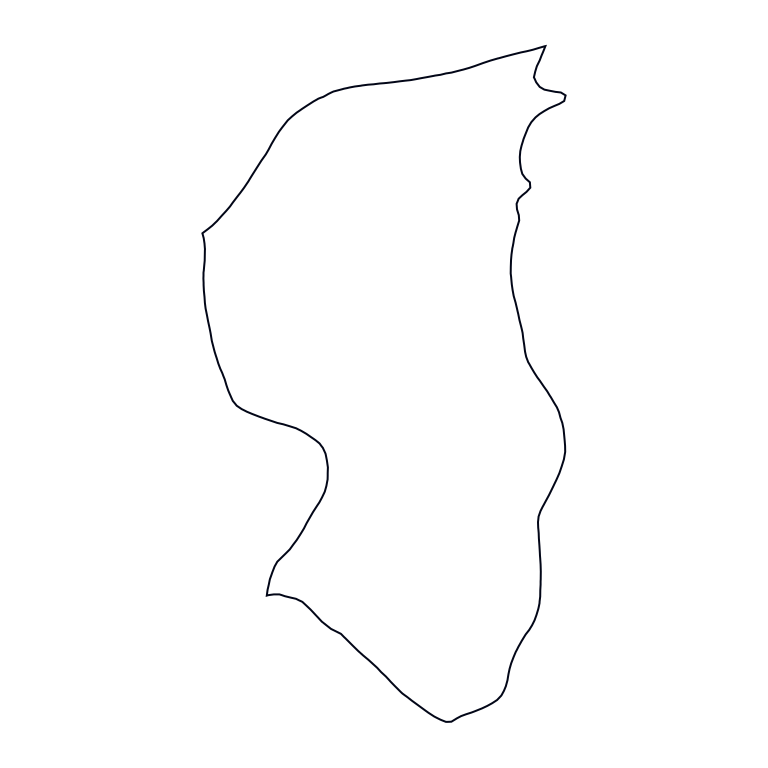 Tarim, Hadramawt, Yemen
{"feature_id": "15242507B10935646704236", "entity_name": "Tarim", "entity_type": "district", "adm_level": 2, "iso_a3": "YEM", "parent_name": "Yemen", "parent_adm1": "Hadramawt", "projection": "orthographic", "projection_center": [49.084, 16.078], "detail": "fine", "context": "isolated", "style": "outline", "palette": "ink", "viewbox_px": 768, "rotation_deg": 0, "n_neighbors": 0, "source": "geoboundaries", "source_scale": "gbopen_adm2", "svg_char_len": 5483}
<svg xmlns="http://www.w3.org/2000/svg" viewBox="0 0 768 768"><path d="M539.5,603.3L539.6,601.5L540.2,596.6L540.3,589.9L540.6,584.7L540.6,581.2L540.7,579.5L540.8,571.6L540.6,564.5L540.2,558.4L540.0,555.9L539.8,551.8L539.4,545.3L538.9,538.6L538.8,536.1L538.7,533.1L538.4,529.6L538.2,527.7L538.0,522.1L538.3,519.5L538.6,516.5L540.3,511.7L540.4,511.3L540.7,510.7L542.7,506.7L543.6,505.1L545.8,501.0L548.9,495.3L549.5,494.1L552.0,489.0L553.6,485.7L554.3,484.2L556.1,480.5L557.2,478.1L559.4,473.1L561.7,466.4L562.8,462.9L563.9,459.4L565.2,451.9L565.1,446.5L565.1,446.1L564.7,440.9L564.2,435.5L563.6,429.3L562.3,422.9L560.5,417.9L559.0,412.2L556.9,407.3L554.0,402.6L550.8,397.1L549.9,395.8L547.2,391.3L543.9,386.7L540.7,382.0L539.9,380.8L537.4,377.5L534.2,372.5L531.3,367.6L529.3,364.0L528.1,362.0L527.8,361.1L526.2,356.9L525.2,352.4L525.0,351.3L524.2,344.9L523.2,338.2L522.9,335.5L522.6,332.9L521.9,329.7L521.1,326.4L519.5,320.2L518.2,313.8L517.5,310.9L517.0,308.6L515.9,304.0L515.6,302.7L513.7,296.0L512.6,290.0L511.8,284.4L511.3,279.1L511.1,276.8L510.7,273.5L510.8,266.6L511.0,261.0L511.0,260.6L511.5,254.5L512.2,249.5L512.3,248.5L512.8,246.3L513.4,243.1L513.6,241.8L514.2,237.9L515.6,232.4L516.1,230.8L517.2,227.0L519.2,220.5L519.1,219.3L518.8,215.1L518.4,213.9L517.0,209.3L516.6,203.8L517.6,201.4L518.6,198.8L519.3,198.1L522.4,195.2L526.5,191.9L530.3,187.7L530.1,185.2L529.9,182.3L525.7,178.6L524.3,176.7L522.3,173.9L520.9,168.8L520.1,163.0L520.0,162.0L519.8,157.0L520.3,151.1L521.0,148.0L521.6,145.5L523.0,141.0L523.5,139.2L524.7,136.1L525.9,133.1L528.2,127.4L531.3,122.2L535.5,117.4L539.5,114.1L544.2,111.1L548.9,108.4L549.5,108.1L554.5,105.9L556.9,104.9L559.3,103.9L564.2,101.0L564.9,98.2L565.6,95.4L560.9,92.5L556.8,92.0L555.7,91.9L554.6,91.7L550.0,90.8L548.0,90.4L544.3,89.6L539.7,86.9L536.2,82.3L534.7,78.9L533.9,77.3L534.1,76.5L535.2,71.7L536.7,66.7L537.0,65.9L539.7,60.4L541.6,55.4L542.9,52.4L544.0,49.7L544.8,47.6L545.4,46.1L544.9,46.2L539.0,47.9L533.4,49.6L531.1,50.2L526.5,51.3L521.1,52.4L513.5,54.3L505.8,56.3L498.6,58.3L498.0,58.4L490.7,60.5L483.2,63.0L476.3,65.5L474.6,66.1L469.2,67.9L466.7,68.6L463.6,69.5L460.4,70.3L456.9,71.2L451.5,72.6L447.6,73.2L446.1,73.4L443.7,74.0L440.5,74.8L434.9,75.6L434.1,75.8L427.7,77.0L422.1,78.0L419.4,78.5L416.9,79.0L411.3,80.0L409.9,80.2L405.9,80.6L399.9,81.3L394.0,82.1L387.1,82.9L383.8,83.2L379.7,83.5L373.5,84.3L368.0,84.7L361.8,85.5L361.0,85.7L354.8,86.5L349.5,87.5L347.0,88.1L344.0,88.7L342.3,89.2L338.9,90.1L334.7,91.2L333.5,91.5L330.9,92.7L328.3,94.0L326.1,95.3L323.2,96.9L321.1,97.6L318.3,98.7L316.8,99.6L313.6,101.4L307.2,105.5L302.2,108.8L299.8,110.5L296.7,112.6L292.2,116.3L287.8,120.3L283.3,126.0L281.6,128.2L279.0,131.7L275.0,138.1L271.7,143.7L268.6,149.6L265.8,154.4L261.4,160.6L256.8,167.8L252.0,175.4L249.9,178.8L248.3,181.5L247.2,183.1L244.1,187.7L240.1,193.1L238.9,194.6L236.8,197.3L234.3,200.6L233.6,201.5L232.7,202.7L230.0,206.5L226.4,210.7L221.6,215.9L216.9,221.2L215.5,222.5L212.3,225.6L207.8,229.2L203.4,232.5L202.4,233.3L203.7,238.1L204.5,243.5L204.9,248.6L205.0,249.0L204.9,249.9L204.8,255.1L204.7,260.7L204.2,265.9L203.8,270.5L203.5,272.6L203.5,275.8L203.4,278.4L203.6,282.9L203.6,285.0L203.8,288.9L203.9,290.9L204.5,296.9L204.9,302.9L205.6,308.5L206.9,314.9L207.3,317.0L208.1,321.3L209.6,328.2L210.6,333.3L211.7,340.1L211.8,340.8L213.3,346.6L213.7,348.2L214.7,352.0L215.9,355.8L216.6,357.9L217.0,359.2L218.3,363.5L220.3,368.8L222.2,372.9L222.7,374.2L223.4,376.1L224.7,379.3L226.4,385.1L228.2,390.4L229.9,394.4L230.5,395.7L231.0,396.9L232.8,400.9L235.2,403.8L236.7,405.7L241.7,409.1L244.7,410.6L246.8,411.7L252.3,414.0L259.0,416.6L263.2,418.1L264.5,418.6L271.3,420.9L277.2,422.9L283.3,424.3L285.6,425.0L289.9,426.3L296.2,428.3L298.3,429.4L301.0,430.7L306.3,433.8L310.9,437.0L313.1,438.5L315.4,440.1L319.6,443.5L321.4,446.0L322.9,447.9L323.1,448.4L325.5,453.6L325.9,455.4L326.9,460.5L327.9,467.4L327.7,473.2L327.7,475.9L327.6,479.5L327.1,482.0L326.4,485.9L324.8,491.6L324.3,492.7L322.0,497.5L319.3,502.5L317.4,505.3L316.1,507.3L313.0,512.1L309.6,518.0L309.2,518.7L306.5,523.4L305.1,526.2L304.0,528.4L300.9,533.5L297.0,539.6L296.6,540.2L293.4,544.4L290.0,549.1L289.8,549.4L288.4,550.8L285.6,553.6L281.5,557.6L277.3,561.7L274.6,566.5L272.3,572.4L271.3,575.3L269.9,579.2L269.6,580.6L268.8,584.6L267.6,589.7L267.2,592.6L266.8,595.6L267.5,595.4L268.6,595.1L273.9,594.4L279.4,594.4L281.4,595.0L284.9,596.2L290.7,597.6L296.0,598.8L299.0,600.3L301.2,601.3L302.4,601.9L310.5,609.5L321.9,621.7L331.0,628.9L341.0,633.9L341.5,634.4L344.1,637.1L345.3,638.2L349.1,642.0L352.9,645.8L358.2,651.0L363.1,655.4L366.7,658.4L367.7,659.2L369.3,660.6L373.0,664.0L376.2,666.9L377.2,667.8L381.1,672.1L385.9,676.5L389.4,680.3L390.8,681.9L391.5,682.6L394.8,686.0L397.1,688.3L398.6,689.8L400.9,692.1L402.4,693.5L405.1,695.5L406.8,696.7L411.9,700.7L417.8,705.0L423.8,709.4L425.3,710.5L428.5,712.8L434.2,716.5L436.3,717.6L440.3,719.6L441.7,720.2L446.0,721.9L446.9,721.9L447.0,721.9L451.4,721.7L456.0,718.9L456.4,718.6L461.1,716.1L466.0,714.3L471.6,712.5L474.5,711.4L477.0,710.4L481.5,708.6L482.0,708.4L487.3,705.9L492.2,703.2L497.1,700.0L501.2,695.7L501.6,695.1L503.9,690.9L505.9,686.1L506.2,684.9L507.5,680.2L507.9,677.6L508.5,674.0L509.5,669.3L509.6,668.8L511.2,663.3L513.0,658.6L513.7,656.8L515.8,651.8L516.7,650.2L518.5,646.6L520.1,643.8L521.6,641.1L523.6,637.8L525.7,634.4L529.3,629.8L530.5,627.8L532.0,625.4L534.5,620.4L536.4,615.2L537.8,610.6L538.2,609.3L538.7,607.2L539.5,603.3Z" fill="none" stroke="#020617" stroke-width="2"/></svg>